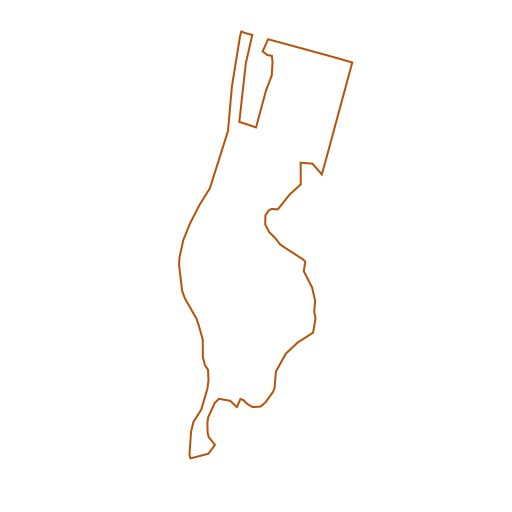 the district of Pinellas, Florida, United States of America, rotated 16°
{"feature_id": "52423323B48942229676406", "entity_name": "Pinellas", "entity_type": "district", "adm_level": 2, "iso_a3": "USA", "parent_name": "United States of America", "parent_adm1": "Florida", "projection": "equal_earth", "projection_center": [-82.727, 27.893], "detail": "fine", "context": "isolated", "style": "outline", "palette": "amber", "viewbox_px": 512, "rotation_deg": 16, "n_neighbors": 0, "source": "geoboundaries", "source_scale": "gbopen_adm2", "svg_char_len": 1299}
<svg xmlns="http://www.w3.org/2000/svg" viewBox="0 0 512 512"><g transform="rotate(16 256 256)"><path d="M180.0,44.3L180.1,49.2L186.2,100.3L194.6,143.4L194.2,160.4L193.0,203.5L187.6,222.5L183.6,242.9L181.7,261.0L182.9,278.6L184.3,285.3L189.9,298.7L194.5,309.6L199.1,316.1L216.3,332.9L220.3,338.8L227.8,350.9L232.9,368.1L237.0,374.9L241.3,378.7L244.6,388.6L245.9,397.3L245.7,418.8L241.6,432.6L242.0,442.8L246.8,465.3L248.8,468.6L264.7,459.2L268.6,448.9L260.4,443.0L258.3,439.4L255.3,429.9L254.5,424.3L256.9,408.5L259.8,403.5L271.1,402.3L279.3,406.5L279.4,406.3L280.4,397.7L283.7,398.0L288.4,400.6L288.6,400.7L294.5,402.2L301.8,399.5L305.3,394.4L309.8,382.0L310.2,377.6L307.0,361.5L307.8,358.2L311.5,341.8L315.1,335.7L320.1,327.4L332.0,313.9L330.4,299.4L327.3,293.6L325.2,282.8L318.6,270.8L306.1,257.4L304.9,247.8L302.1,246.3L283.9,240.8L276.0,238.3L270.9,234.4L268.5,232.9L261.8,229.2L256.1,223.0L255.4,220.2L253.8,214.2L255.9,208.3L258.2,206.4L264.1,205.2L270.1,190.8L271.7,187.1L279.3,174.8L273.2,154.0L284.8,151.7L296.8,159.4L296.7,145.5L295.5,64.9L295.2,43.5L283.3,43.4L268.1,43.5L207.9,44.3L206.0,57.5L211.4,59.7L216.1,59.2L218.4,64.9L221.4,78.1L220.0,94.2L220.6,132.4L203.0,131.7L193.1,73.6L191.5,44.5L183.7,44.7L181.1,44.2L180.0,44.3Z" fill="none" stroke="#b45309" stroke-width="2"/></g></svg>